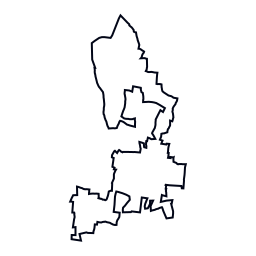 outline of Uayma, Yucatán, Mexico
{"feature_id": "50627088B22257473045304", "entity_name": "Uayma", "entity_type": "district", "adm_level": 2, "iso_a3": "MEX", "parent_name": "Mexico", "parent_adm1": "Yucatán", "projection": "robinson", "projection_center": [-88.359, 20.788], "detail": "fine", "context": "isolated", "style": "outline", "palette": "ink", "viewbox_px": 256, "rotation_deg": 0, "n_neighbors": 0, "source": "geoboundaries", "source_scale": "gbopen_adm2", "svg_char_len": 5916}
<svg xmlns="http://www.w3.org/2000/svg" viewBox="0 0 256 256"><path d="M116.5,224.9L116.7,222.1L117.0,221.2L117.3,220.3L118.3,218.8L119.3,217.0L119.5,215.2L119.6,213.5L119.7,212.7L113.7,211.9L114.5,204.9L115.0,196.5L115.6,193.8L116.3,191.5L118.1,191.9L122.4,193.2L126.2,194.7L129.4,196.4L129.8,199.8L127.2,202.8L124.9,205.8L123.1,207.6L122.8,209.6L122.9,212.3L131.0,212.1L131.6,211.4L140.0,212.4L141.8,197.5L147.4,198.3L145.2,203.9L144.7,206.3L145.1,208.7L147.8,208.3L149.0,206.1L150.0,203.9L150.1,200.7L153.1,200.6L150.6,206.1L150.9,210.9L152.3,210.4L154.9,209.8L155.5,209.4L157.5,208.8L158.2,208.7L159.4,208.0L161.9,207.2L162.4,208.1L163.4,211.2L166.5,218.4L172.7,217.5L173.1,213.4L173.1,211.2L171.3,204.4L171.5,204.5L172.4,200.1L166.6,200.6L160.8,201.9L161.9,195.0L162.6,195.3L166.4,196.3L166.2,192.3L165.9,191.1L166.0,191.0L166.1,189.1L166.2,188.8L165.7,188.7L166.1,186.2L166.4,185.4L165.6,185.1L165.7,184.8L169.7,185.3L181.4,186.0L181.8,188.3L183.4,188.4L184.0,180.8L183.9,179.6L184.5,175.1L184.7,172.6L185.0,167.3L185.8,164.2L182.7,164.2L181.0,164.0L180.0,164.1L178.9,164.0L178.1,164.3L177.3,164.0L176.3,162.9L175.0,162.4L173.5,161.8L173.4,158.4L173.6,157.3L173.4,157.4L170.4,157.0L170.5,158.1L168.0,157.8L168.3,156.5L168.7,153.0L167.8,152.9L168.0,151.8L168.3,148.1L168.7,146.1L169.3,143.9L166.6,143.7L166.3,144.5L161.3,143.7L162.5,140.6L159.9,139.7L161.1,136.8L161.4,133.8L163.0,133.4L164.1,133.4L164.8,133.1L167.3,132.3L167.3,131.9L167.7,130.1L167.8,129.4L168.1,128.9L168.6,128.5L169.3,126.9L169.9,125.9L170.1,125.2L170.1,120.6L172.3,121.3L172.5,120.6L172.7,120.1L173.1,118.2L173.4,117.6L173.2,115.5L172.9,113.3L172.4,111.7L172.7,110.4L172.8,109.7L172.7,108.6L172.9,108.1L173.6,106.6L175.5,104.1L175.7,103.1L176.3,102.1L176.9,101.0L177.1,100.3L177.4,98.4L173.4,97.7L172.6,97.0L171.3,96.2L168.5,95.5L163.8,92.4L162.5,91.3L162.0,89.7L161.8,88.0L161.6,87.3L161.5,84.4L160.5,84.1L160.1,84.2L159.3,84.0L157.5,84.1L156.5,83.9L156.9,77.1L157.0,76.1L157.1,74.7L157.4,72.7L154.6,72.5L151.6,71.9L149.9,72.0L149.0,72.1L148.3,72.0L147.7,71.9L146.4,71.2L145.8,71.1L145.9,70.8L146.6,69.7L146.9,67.9L146.9,67.5L147.1,67.0L146.9,58.8L146.1,58.7L145.3,58.3L144.2,58.1L142.8,58.2L140.8,58.3L141.6,57.4L142.2,55.1L142.6,54.2L143.3,53.2L143.7,52.8L144.1,51.6L143.4,51.1L142.2,50.4L140.7,49.3L139.6,48.8L138.5,48.7L139.3,44.9L138.5,42.3L138.2,41.7L138.0,40.9L137.7,40.2L137.4,38.6L136.7,36.4L136.5,35.5L136.4,34.9L136.0,32.4L135.2,32.3L134.5,32.0L134.0,31.8L133.7,31.1L133.7,30.1L133.3,29.5L132.2,28.0L131.4,27.1L130.9,26.8L129.3,25.4L129.3,24.4L129.1,24.1L127.8,23.0L120.5,15.4L118.9,18.4L112.2,35.4L110.6,37.9L104.2,37.1L102.0,37.1L99.2,37.9L94.7,40.9L91.8,43.1L92.2,59.6L95.2,67.9L94.5,67.9L94.7,69.1L94.8,70.8L94.7,71.9L94.9,73.5L95.1,73.8L95.1,74.3L95.4,75.2L95.4,75.8L95.6,76.8L96.4,79.9L96.5,80.4L96.7,81.1L97.1,82.9L97.5,83.7L97.8,84.5L98.7,86.4L99.0,86.9L100.2,88.3L101.1,89.6L102.6,91.6L103.0,92.2L103.1,92.8L103.5,95.2L103.6,97.8L103.8,98.8L104.3,104.1L104.2,105.9L103.8,107.9L103.8,109.5L103.6,111.3L103.5,111.6L103.5,112.7L103.6,113.3L103.6,114.1L104.0,114.7L104.3,115.5L104.6,117.2L104.8,118.0L105.1,118.6L105.4,119.7L106.0,120.8L106.4,121.7L107.1,124.6L107.6,126.1L108.1,127.0L108.5,127.7L108.7,128.5L112.7,128.2L113.6,128.2L114.4,128.3L115.1,128.3L116.8,128.0L117.6,125.7L118.5,124.1L118.9,123.2L119.2,122.2L119.6,121.6L119.6,121.4L120.1,120.8L121.7,121.2L123.5,122.0L125.3,123.3L127.0,124.6L128.5,125.0L129.5,125.4L130.6,125.7L133.0,126.3L135.0,126.8L135.0,126.0L135.0,124.2L135.1,121.9L135.1,121.4L134.8,120.1L134.9,118.4L133.6,118.7L132.6,119.1L132.1,119.2L130.9,119.2L129.7,119.2L128.4,118.9L127.2,118.9L125.3,118.7L124.1,118.4L121.4,116.4L122.5,112.9L123.2,110.9L123.9,109.3L124.6,107.4L124.9,105.4L125.2,103.2L125.2,101.5L125.5,99.3L125.4,98.1L124.9,95.3L124.9,94.9L124.7,94.4L124.6,93.9L124.6,92.9L124.9,90.6L124.9,90.0L129.3,90.5L132.2,91.7L133.1,86.3L140.8,87.8L140.9,88.8L140.8,89.6L141.4,91.9L141.5,92.2L142.8,92.9L143.3,96.3L143.4,99.2L143.2,99.5L143.1,102.1L148.8,101.8L152.1,102.1L154.3,102.5L155.3,102.8L156.2,103.0L159.8,105.0L160.6,105.5L164.9,108.1L163.0,112.0L160.4,110.2L159.0,112.9L156.1,118.7L155.7,119.4L155.7,120.6L155.5,122.2L155.5,124.8L155.3,125.9L154.7,128.3L153.9,129.5L153.7,130.0L152.3,132.5L152.1,133.4L153.5,135.5L155.3,138.9L151.4,139.2L150.5,138.8L149.9,138.3L147.9,137.6L147.1,141.2L146.3,141.1L146.1,142.3L146.1,143.6L146.0,144.5L146.4,146.1L146.3,147.8L144.2,147.2L144.0,146.1L143.9,144.2L143.9,143.4L141.8,142.6L139.4,141.9L139.5,143.3L140.0,145.1L140.3,147.4L140.7,148.7L140.0,152.5L134.5,152.0L133.5,152.1L131.8,152.0L123.0,151.9L122.5,152.3L121.0,151.6L120.3,150.8L119.1,150.0L118.5,150.6L117.1,153.0L114.9,150.8L114.2,151.3L112.0,155.2L111.9,157.3L113.7,158.0L113.4,159.5L113.4,160.0L113.2,161.3L112.4,166.8L114.5,167.7L113.9,169.3L116.0,169.6L115.4,170.6L114.2,173.3L113.9,174.3L113.9,178.6L111.9,183.1L112.2,183.6L111.9,190.8L110.7,190.7L108.8,191.5L108.7,192.1L108.2,194.6L107.7,196.4L107.2,197.7L106.9,198.7L106.4,199.6L105.6,200.1L105.2,200.2L104.0,199.6L103.0,199.7L102.6,199.6L101.8,199.0L101.4,198.8L100.7,198.8L100.3,198.8L99.8,198.4L99.6,198.5L98.4,198.2L98.7,197.1L98.7,195.5L98.6,193.8L96.3,193.6L94.4,193.7L93.7,193.6L92.2,193.6L90.0,193.8L89.0,194.0L89.0,192.8L89.2,191.8L89.2,190.4L89.4,189.5L87.9,189.3L86.3,189.2L85.6,189.3L84.7,189.1L84.3,189.2L83.4,188.9L82.2,188.2L80.4,187.7L78.3,186.9L77.0,186.6L77.2,195.1L73.2,195.2L71.7,198.1L70.2,201.6L71.3,201.6L73.1,201.9L72.3,212.5L74.2,212.6L74.4,213.5L74.3,214.4L74.6,216.5L74.6,217.3L74.1,219.3L72.9,227.4L75.5,227.1L75.5,235.1L71.7,235.0L71.6,239.2L81.0,240.6L80.7,239.3L79.5,234.0L86.4,232.4L87.8,232.9L93.3,233.1L93.5,231.3L94.2,229.3L94.5,227.5L94.8,224.4L97.0,224.6L97.4,221.9L99.2,222.3L101.2,222.5L102.6,222.0L103.8,221.8L104.6,221.8L105.1,221.6L105.7,221.7L106.9,222.2L109.5,222.7L110.3,223.0L110.8,223.4L113.2,224.6L115.0,225.0L116.5,224.9Z" fill="none" stroke="#020617" stroke-width="2"/></svg>